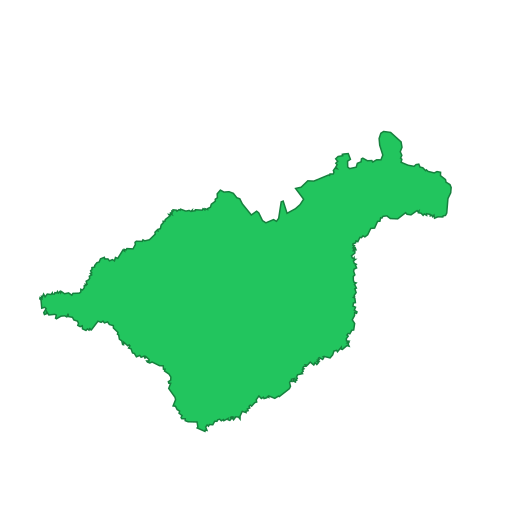 Nam Khun, Ubon Ratchathani, Thailand (Mercator projection), rotated 223°
{"feature_id": "78962969B96008774598843", "entity_name": "Nam Khun", "entity_type": "district", "adm_level": 2, "iso_a3": "THA", "parent_name": "Thailand", "parent_adm1": "Ubon Ratchathani", "projection": "mercator", "projection_center": [104.905, 14.55], "detail": "fine", "context": "isolated", "style": "filled", "palette": "green", "viewbox_px": 512, "rotation_deg": 223, "n_neighbors": 0, "source": "geoboundaries", "source_scale": "gbopen_adm2", "svg_char_len": 6095}
<svg xmlns="http://www.w3.org/2000/svg" viewBox="0 0 512 512"><g transform="rotate(223 256 256)"><path d="M370.8,68.9L369.8,71.0L371.3,72.6L367.3,71.6L363.4,76.1L361.7,76.6L360.2,73.8L359.1,74.0L357.6,79.0L355.1,81.8L352.9,82.4L354.0,85.7L352.0,83.7L348.4,86.0L345.6,85.0L342.2,86.6L340.0,85.8L339.0,83.7L336.4,84.4L335.5,86.4L333.2,84.4L329.6,85.6L329.6,87.7L327.6,87.9L328.4,90.1L327.2,89.0L326.0,89.6L327.1,100.5L324.0,101.9L323.5,104.0L321.2,103.7L319.6,106.6L316.5,105.9L312.9,107.8L311.2,106.1L304.9,106.0L304.0,104.3L302.6,104.6L299.2,102.0L296.3,102.4L293.2,100.3L292.3,100.8L293.9,102.8L288.6,102.9L288.2,104.5L286.9,104.3L286.4,101.8L284.1,102.9L280.2,100.9L278.5,101.8L274.7,100.7L273.2,104.0L271.0,103.6L269.5,106.5L267.6,105.6L267.3,106.5L268.9,107.3L263.7,107.4L262.7,106.3L264.4,104.7L263.1,104.4L260.7,105.3L259.7,107.6L251.7,110.0L249.0,112.4L246.5,110.1L245.3,111.2L244.5,109.5L239.1,110.3L235.7,109.4L233.7,107.0L234.4,104.3L233.0,103.5L231.6,104.7L229.5,99.6L218.7,97.4L216.8,96.0L214.4,89.8L212.4,91.2L208.9,89.9L206.1,90.5L205.0,88.5L201.3,88.9L200.6,86.7L199.3,86.4L196.7,88.7L195.5,87.3L192.7,88.4L185.9,94.4L182.0,91.4L181.8,90.1L173.7,92.9L174.3,94.1L172.9,95.0L176.2,96.6L176.5,99.1L174.7,99.1L175.1,101.0L172.5,103.1L173.5,106.9L171.8,108.5L172.3,110.0L171.2,111.9L169.0,111.8L168.3,114.1L167.2,113.6L165.6,118.2L164.8,117.2L163.0,117.9L163.1,120.1L164.6,120.6L163.9,122.1L162.7,122.7L162.8,121.3L160.7,120.9L161.1,124.7L158.9,126.3L156.5,125.9L158.5,128.1L160.1,133.0L156.5,134.7L157.5,135.5L156.3,137.5L158.0,138.2L156.9,140.6L158.6,141.4L158.5,143.0L156.8,143.2L156.9,147.9L155.9,149.7L157.8,151.0L158.4,155.6L154.9,155.4L154.3,157.7L152.9,157.2L151.4,159.7L151.7,161.0L150.2,161.3L151.2,162.4L145.2,164.7L144.0,168.9L143.1,169.0L141.1,181.7L141.9,184.2L145.1,186.3L145.5,187.8L144.2,188.7L146.0,190.0L144.4,192.5L143.6,189.8L141.3,190.7L142.1,191.4L141.5,192.7L142.7,192.9L142.2,194.5L143.9,195.3L144.6,197.5L141.8,201.6L143.0,201.7L142.9,203.9L144.5,204.5L144.0,206.2L145.4,206.0L145.8,207.6L144.2,209.6L145.7,210.0L144.0,211.2L144.0,215.4L139.4,215.7L140.1,218.2L137.5,218.1L137.6,220.7L139.3,220.6L138.2,221.9L140.0,221.9L139.1,223.3L140.6,223.7L140.5,224.8L136.7,225.8L137.1,227.9L138.2,228.2L137.7,229.0L132.3,232.0L132.5,236.0L134.2,239.6L132.7,242.0L131.1,241.5L131.4,247.3L130.3,246.0L129.1,246.5L128.4,252.5L126.4,253.5L128.7,254.5L129.1,255.9L130.0,254.9L129.9,257.1L131.9,255.6L133.6,257.1L133.9,260.3L135.6,260.2L135.8,262.2L134.3,263.1L135.3,267.1L134.1,268.5L137.8,273.9L142.1,275.0L143.3,279.6L145.2,281.8L143.4,282.6L144.0,284.0L147.1,283.4L148.3,286.4L151.0,285.5L152.7,288.1L151.5,289.7L154.9,292.5L156.6,292.2L156.2,293.5L157.4,294.3L157.8,297.5L161.3,299.4L160.7,301.0L164.6,302.4L164.4,304.6L166.3,303.6L168.3,304.7L170.9,307.4L170.8,309.6L174.1,311.3L175.3,313.2L174.3,315.9L177.1,317.1L177.0,318.3L179.1,317.6L181.4,318.8L181.0,321.3L181.9,320.5L183.1,321.6L182.9,320.6L184.3,320.3L186.3,321.3L185.7,325.5L187.2,327.2L188.5,326.1L189.2,327.8L187.3,328.8L189.4,329.8L190.7,328.3L191.2,330.7L192.4,329.9L193.4,331.2L192.1,333.5L193.1,335.2L191.3,335.9L192.7,340.5L191.4,341.3L191.5,343.7L189.4,344.2L188.8,347.7L190.9,354.4L188.3,357.3L190.7,364.2L189.1,365.9L190.9,368.9L189.8,369.6L190.2,371.6L187.7,374.6L183.3,375.0L177.7,379.8L176.1,389.7L174.0,389.5L170.7,391.8L169.2,399.0L167.6,398.8L167.5,399.9L166.7,398.4L164.4,399.9L161.5,399.7L161.6,401.5L158.9,402.1L160.1,403.3L157.0,405.2L155.9,404.2L155.4,405.7L153.6,405.2L153.7,407.2L151.2,405.4L149.7,408.7L146.0,412.0L146.5,413.0L145.1,414.9L145.8,417.5L154.8,428.9L156.7,435.0L160.0,439.2L162.8,440.5L167.4,439.6L169.5,441.1L175.9,440.6L178.1,443.1L181.2,441.2L182.3,438.3L187.9,435.2L190.1,435.2L190.2,434.1L194.2,434.3L196.7,432.9L199.6,434.2L201.3,432.0L201.5,429.4L206.7,426.1L213.8,423.5L215.3,426.2L217.0,426.1L218.0,429.1L221.6,430.6L223.4,435.1L227.7,438.4L241.8,438.2L247.6,434.1L248.4,430.9L246.1,425.9L241.1,421.4L232.1,416.3L230.2,411.5L233.4,408.6L234.7,404.3L236.4,404.8L239.4,401.7L244.6,400.4L245.1,398.9L243.4,396.6L245.1,392.9L243.3,389.3L247.1,383.8L249.6,383.6L253.7,387.8L252.9,391.1L258.4,393.8L261.5,390.3L262.2,389.2L261.0,388.5L263.8,384.8L264.0,381.4L260.8,381.0L260.9,378.3L258.9,378.1L258.3,375.4L256.3,375.2L258.1,374.1L257.7,371.2L256.1,370.5L255.5,368.5L257.8,366.4L257.1,365.1L258.2,364.7L264.8,350.2L269.4,346.3L269.9,337.1L273.1,332.4L259.9,330.0L258.8,323.6L259.4,317.5L262.4,308.4L273.6,314.7L274.5,312.8L265.1,299.0L264.7,295.3L268.0,294.6L271.4,287.0L275.4,286.3L283.4,289.4L286.1,289.2L287.4,282.8L301.6,284.8L306.9,286.8L309.8,285.5L315.3,286.4L319.6,284.6L323.0,280.9L327.0,279.9L326.8,275.0L324.0,272.3L324.5,269.7L323.1,268.3L324.0,263.4L322.6,260.6L323.7,257.7L323.0,257.0L325.6,255.8L324.9,254.8L327.0,254.5L326.6,252.8L331.9,248.5L331.3,247.8L333.4,245.0L333.9,245.9L334.0,244.2L336.0,243.7L337.9,241.0L343.1,238.8L342.7,237.7L343.9,237.4L344.4,234.9L345.5,235.2L348.2,233.2L347.3,232.0L348.2,231.5L346.7,230.1L347.5,229.5L345.9,229.0L347.4,228.6L346.7,227.8L348.1,226.9L346.3,226.6L347.2,220.8L346.3,219.3L347.6,218.0L346.5,217.4L346.5,214.0L344.6,210.8L346.0,208.3L344.9,207.5L346.0,207.1L346.1,204.5L344.6,203.2L345.0,195.2L347.7,191.2L349.7,190.7L349.2,189.1L353.6,185.2L353.8,183.5L352.0,182.0L350.8,177.3L355.5,173.4L355.2,171.8L356.8,171.0L355.5,170.0L357.4,169.7L355.5,160.0L357.8,159.1L356.2,155.9L358.5,155.5L359.9,152.5L362.2,152.9L364.7,150.7L366.0,151.6L367.8,147.9L366.6,144.6L367.8,142.6L367.5,139.1L366.5,137.8L368.1,135.6L366.7,134.2L366.9,132.4L364.7,131.7L365.2,130.2L363.3,130.1L364.1,127.5L362.4,126.3L362.2,124.5L363.0,121.7L360.3,120.1L361.6,118.9L360.3,118.5L361.3,117.0L359.9,115.6L359.7,112.8L361.4,112.2L359.6,110.2L359.8,108.4L364.4,103.8L364.0,101.7L367.9,101.2L370.3,97.8L374.0,97.3L373.7,95.8L375.2,96.6L375.2,94.2L377.0,94.6L376.4,93.2L378.1,92.1L377.5,90.7L379.1,89.3L379.8,90.0L379.7,88.0L382.7,85.8L382.4,82.3L385.4,83.3L384.3,80.4L385.2,80.2L383.5,78.8L385.6,78.4L384.9,77.2L383.2,77.2L377.1,71.7L375.5,74.4L373.6,74.4L372.6,69.8L370.8,68.9Z" fill="#22c55e" stroke="#15803d" stroke-width="1.5"/></g></svg>